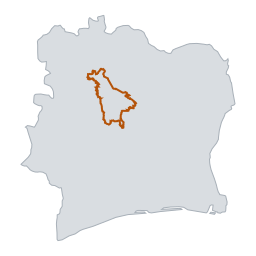 location of Bere, Worodougou, Ivory Coast
{"feature_id": "98640826B43857880322183", "entity_name": "Bere", "entity_type": "district", "adm_level": 2, "iso_a3": "CIV", "parent_name": "Ivory Coast", "parent_adm1": "Worodougou", "projection": "albers", "projection_center": [-6.135, 8.377], "detail": "fine", "context": "in_parent", "style": "outline", "palette": "amber", "viewbox_px": 256, "rotation_deg": 0, "n_neighbors": 0, "source": "geoboundaries", "source_scale": "gbopen_adm2", "svg_char_len": 8485}
<svg xmlns="http://www.w3.org/2000/svg" viewBox="0 0 256 256"><path d="M43.2,35.1L44.2,35.0L46.9,34.3L49.4,32.5L51.7,28.7L54.7,25.7L58.2,26.0L59.2,25.4L60.4,25.3L61.8,27.3L63.3,28.8L64.3,28.9L65.1,31.7L71.4,32.9L74.1,33.7L76.3,35.8L77.1,35.9L78.1,35.4L78.8,34.7L79.0,33.9L78.0,32.0L78.5,30.3L79.5,28.8L81.1,28.7L83.5,28.3L86.3,28.3L88.4,28.6L89.3,27.1L88.5,22.8L88.7,20.5L89.0,18.5L89.8,17.7L92.9,20.2L95.8,21.1L97.8,21.2L98.4,20.7L97.5,18.0L97.7,17.2L98.5,16.7L99.8,16.5L103.5,15.4L103.9,15.6L104.5,19.8L104.2,21.2L105.0,24.1L105.9,26.8L105.9,27.9L105.1,29.6L104.2,31.1L104.3,31.7L105.7,32.8L108.5,33.8L111.4,34.1L113.0,32.5L114.6,31.2L115.8,30.1L116.2,28.4L118.0,27.2L123.2,25.6L128.0,25.4L129.2,25.9L131.3,28.2L134.1,29.8L138.3,29.6L141.3,30.6L143.9,32.4L145.7,36.4L147.6,39.3L148.5,43.4L151.5,45.5L153.9,46.5L157.2,49.5L160.5,51.0L164.0,50.6L165.6,52.2L168.2,53.3L170.8,53.4L173.0,49.9L176.0,48.5L183.6,45.7L186.6,44.5L189.6,43.7L196.9,43.4L203.7,44.2L207.1,44.8L209.4,44.3L211.6,45.9L213.9,49.3L215.7,50.4L217.6,51.6L219.1,54.3L220.7,57.0L221.6,58.2L223.7,60.8L225.5,60.8L227.2,59.7L227.9,58.8L228.3,60.5L227.6,63.4L227.8,65.1L228.7,65.8L228.2,68.1L226.3,72.0L226.3,74.2L228.3,74.9L229.7,77.3L230.6,81.5L231.5,82.9L231.6,83.7L233.1,93.7L235.0,103.8L233.8,105.1L232.3,105.5L231.3,106.0L231.0,106.9L231.7,108.3L231.2,109.5L229.3,110.4L225.1,113.6L224.8,114.9L223.7,117.6L222.8,119.3L221.4,122.4L219.3,130.6L218.5,137.3L218.4,139.4L217.6,140.9L216.6,143.0L212.1,148.8L209.8,153.6L210.1,155.6L210.2,157.7L209.5,159.2L209.7,163.2L210.3,166.5L211.1,169.8L214.5,179.0L216.3,184.7L217.4,189.2L218.4,192.2L219.3,193.5L219.7,194.6L224.7,195.5L225.7,196.1L227.1,202.0L226.9,204.7L225.9,205.7L225.9,208.0L225.7,210.8L225.0,211.9L222.2,212.1L220.4,213.2L217.8,212.8L217.6,212.1L216.3,211.8L212.5,210.3L213.1,205.1L211.4,204.9L210.1,205.6L207.5,211.8L206.3,212.9L187.8,209.8L183.8,207.3L179.0,206.7L170.6,207.0L163.7,207.8L161.7,209.4L179.1,208.4L181.0,208.6L181.9,209.5L159.9,211.6L151.5,212.9L149.0,212.5L147.1,210.6L138.0,210.4L136.1,211.0L135.0,212.5L138.5,212.1L144.2,212.0L145.7,213.2L128.0,214.6L115.7,217.4L110.5,219.5L93.3,226.2L82.8,229.4L80.0,230.6L75.2,233.9L69.1,235.9L62.2,239.8L58.0,240.6L57.1,239.4L57.0,232.8L56.4,224.0L56.7,220.7L57.2,217.5L57.2,214.9L59.3,213.9L59.9,212.8L60.2,209.4L62.2,206.3L62.2,200.9L62.8,199.7L63.3,198.3L62.4,194.7L61.4,188.0L60.9,187.6L60.4,187.9L59.3,188.0L55.0,185.6L51.7,185.2L49.3,183.2L49.2,181.0L48.1,179.7L47.3,177.0L46.1,174.0L42.9,172.2L39.8,171.8L37.6,172.1L35.1,172.0L32.1,171.0L30.1,169.8L28.2,167.6L26.4,165.9L25.0,166.1L23.3,165.7L21.6,164.9L21.0,164.3L28.2,157.3L30.6,153.9L30.9,151.8L30.9,149.7L31.7,147.6L31.9,144.3L28.1,132.3L27.1,128.6L26.1,127.5L25.4,127.1L27.4,125.6L30.1,126.0L34.3,127.2L35.2,126.0L38.4,120.0L38.4,117.8L38.1,116.2L39.9,112.1L41.4,110.5L42.2,108.8L42.0,106.4L40.8,105.6L39.4,105.7L37.6,105.1L35.0,103.8L33.6,102.6L34.0,97.1L34.3,95.4L35.3,94.4L36.7,94.2L40.9,94.0L44.2,94.7L47.2,95.1L48.8,95.1L50.0,96.7L51.7,98.3L53.2,98.3L53.7,97.1L53.4,91.7L52.4,88.9L50.2,86.1L44.4,83.7L44.2,80.5L44.8,76.9L46.1,75.6L50.5,73.4L49.7,72.2L48.3,70.9L45.6,69.5L46.2,65.3L46.4,61.5L44.1,61.9L41.7,62.1L39.7,60.9L38.0,58.6L37.7,52.3L37.7,45.0L37.4,41.7L38.1,40.0L40.2,38.4L42.4,36.4L43.2,35.1ZM215.5,212.9L214.5,214.3L209.8,213.4L210.9,212.2L215.5,212.9Z" fill="#d9dde1" stroke="#a8b0b8" stroke-width="1"/><path d="M88.1,74.1L88.1,74.3L88.0,74.5L88.2,75.1L87.9,75.9L87.9,76.1L87.8,76.3L87.9,76.5L88.1,76.7L87.9,76.9L88.2,77.0L88.4,77.2L88.2,77.2L88.0,77.4L87.8,77.4L87.7,77.6L88.1,77.9L88.2,78.3L88.1,78.7L88.3,78.7L88.5,79.2L88.9,79.3L89.0,78.9L89.2,79.0L89.3,78.9L89.2,78.8L89.5,78.6L89.9,78.8L90.0,78.8L90.2,78.6L90.6,78.6L90.8,78.9L90.8,79.1L91.2,79.0L91.5,79.1L91.4,79.0L91.5,78.8L92.2,78.5L92.3,78.6L92.2,78.9L92.4,79.0L92.4,78.9L92.4,78.6L92.8,78.4L92.9,78.5L93.1,78.6L93.2,78.8L93.4,78.9L93.4,79.2L93.4,79.4L93.2,79.4L93.2,79.6L93.3,79.8L93.5,79.8L93.6,80.1L93.8,80.2L94.2,80.1L94.4,80.3L94.4,80.6L95.1,80.7L95.7,81.3L95.7,81.5L96.0,81.3L96.2,81.9L96.4,82.1L96.6,82.1L96.4,82.7L96.1,82.5L95.9,82.6L95.9,82.8L96.3,82.7L96.4,83.0L96.6,83.1L96.8,83.3L97.0,83.6L97.3,83.3L97.4,82.9L97.6,82.8L97.8,82.9L98.1,83.2L98.1,83.4L98.6,83.6L98.7,83.9L98.7,84.0L98.4,84.1L98.3,84.4L98.3,84.5L98.7,84.6L98.2,85.1L98.1,85.4L98.1,85.7L98.1,86.1L97.7,86.2L97.7,86.3L98.0,86.3L98.2,86.5L97.8,86.5L97.5,86.5L97.4,86.2L97.2,86.2L97.2,86.5L97.1,86.8L97.0,86.6L97.0,86.4L96.7,86.4L96.6,86.7L96.5,86.8L96.5,87.1L97.1,87.3L97.1,87.5L96.9,87.6L96.6,87.7L96.1,87.7L96.3,87.9L96.3,88.2L96.5,87.9L96.8,88.0L96.8,88.5L97.1,88.7L97.2,89.1L96.6,89.4L96.4,89.4L96.4,89.6L96.2,89.7L96.1,90.0L96.6,90.0L97.0,89.5L97.2,90.0L97.5,90.5L97.1,90.8L97.4,91.0L97.0,91.3L96.8,91.4L96.9,91.6L97.1,91.7L97.4,91.5L97.6,92.1L97.6,92.7L97.9,93.1L97.8,93.6L97.5,93.6L97.3,94.0L97.3,93.9L97.1,93.6L96.7,93.6L96.7,93.8L96.6,94.0L96.7,94.4L96.8,94.5L97.5,94.6L97.7,94.9L97.6,95.7L98.1,96.0L98.1,96.3L98.2,96.5L98.2,97.0L98.6,96.9L99.1,96.9L99.9,97.1L100.3,98.0L99.9,98.2L99.9,98.3L100.2,98.5L100.7,98.5L100.4,98.7L100.2,98.8L100.3,99.0L100.6,99.1L100.4,99.6L100.5,100.2L100.5,100.8L100.6,101.4L100.4,101.8L100.6,102.4L100.5,102.8L100.6,103.5L101.0,103.8L101.5,105.1L101.6,105.6L101.9,107.0L101.8,107.7L102.1,109.6L102.1,110.2L102.2,110.8L102.4,111.2L102.6,111.6L102.8,111.6L103.1,111.5L103.9,112.5L104.1,112.6L104.0,113.0L103.6,113.6L103.6,114.7L103.9,115.5L103.7,116.0L103.7,116.7L103.6,117.1L103.5,117.4L103.7,117.9L103.5,118.3L103.6,118.9L103.4,119.1L103.3,119.3L103.5,119.5L104.1,119.5L104.4,119.8L104.3,120.1L104.3,120.3L105.2,121.3L105.0,122.6L105.1,122.9L105.6,123.0L105.9,123.2L106.1,123.2L106.7,123.8L107.8,124.0L108.4,124.3L108.7,124.6L108.9,124.6L110.0,123.9L110.3,123.5L110.3,123.3L110.6,123.0L110.5,122.9L110.4,122.3L110.5,121.8L110.5,121.7L110.8,122.0L110.9,121.9L110.8,121.7L111.0,121.5L111.4,120.6L111.9,120.5L112.4,120.7L112.7,120.7L113.3,120.4L113.4,120.5L114.3,121.3L114.7,121.2L115.3,121.3L116.4,121.2L116.7,121.1L116.9,121.2L117.4,121.1L117.6,121.1L117.8,121.0L117.9,120.8L118.2,120.7L118.4,120.5L119.4,120.5L119.8,120.9L119.8,122.4L119.9,122.9L120.2,123.5L119.9,124.3L119.7,124.5L119.9,125.1L120.8,126.1L121.1,126.3L121.5,126.2L121.7,126.4L121.9,126.8L121.9,127.1L122.1,127.3L122.0,127.6L122.2,127.9L123.3,127.7L123.5,126.8L123.0,125.8L122.3,125.3L123.5,124.8L123.4,123.7L123.6,122.3L123.3,122.1L121.8,120.5L121.5,119.8L120.6,118.7L120.8,118.5L121.0,118.3L120.9,118.0L120.7,117.6L120.6,117.2L120.8,116.2L120.7,115.4L120.9,114.8L120.9,114.6L121.1,114.3L121.1,114.1L121.3,114.0L121.3,113.7L121.4,113.4L121.4,113.2L121.3,112.7L121.8,112.2L121.8,111.0L122.0,110.8L127.7,110.9L127.8,110.6L128.2,110.6L128.2,110.4L128.0,110.2L128.5,110.3L128.6,109.6L129.1,109.4L129.2,109.2L129.1,108.9L129.4,108.9L129.5,108.8L129.6,108.7L129.4,108.3L129.5,108.2L129.5,107.9L129.2,107.6L129.6,107.3L129.9,107.8L130.5,107.7L130.7,107.4L130.9,107.6L131.0,107.9L131.5,108.0L131.7,107.6L132.0,107.6L132.8,108.1L132.9,107.9L133.3,108.1L133.6,108.1L133.6,107.4L133.7,106.9L133.4,106.3L133.5,105.9L133.4,105.7L133.5,105.7L134.3,105.8L135.0,105.8L135.1,105.7L135.3,105.4L135.2,105.1L135.1,104.6L135.3,104.2L135.5,104.0L135.5,103.9L134.8,103.3L134.5,102.6L134.8,102.5L135.3,102.9L135.5,102.9L135.8,102.9L135.7,102.7L135.2,102.2L134.7,102.0L134.4,101.9L134.2,102.0L133.9,101.8L133.9,101.7L133.9,101.2L133.7,100.9L132.9,100.6L132.7,100.3L132.4,99.9L131.4,99.3L131.1,99.2L130.7,98.9L130.4,99.0L130.2,99.0L130.2,98.8L130.0,98.7L129.9,98.2L129.5,98.3L128.3,98.2L127.9,97.8L127.5,97.3L127.2,97.0L126.4,96.7L125.5,96.2L125.4,96.0L125.5,95.7L126.2,95.7L126.3,95.4L126.7,95.5L127.0,95.3L127.6,95.5L127.8,95.7L128.2,95.9L128.4,96.0L128.8,95.8L129.1,95.4L129.4,95.3L129.3,95.2L128.8,95.1L128.3,94.7L127.4,94.5L126.8,94.0L126.9,93.4L126.4,93.0L126.4,92.8L126.5,92.6L125.8,92.3L125.8,92.5L125.4,92.4L122.8,92.7L115.9,88.8L115.6,89.1L114.9,88.8L113.5,88.7L113.3,88.5L112.7,87.8L112.5,87.2L108.1,79.5L107.9,78.4L104.0,76.5L103.9,75.3L103.2,74.1L103.5,73.3L104.5,72.0L104.9,71.1L104.6,70.5L103.8,69.8L103.5,69.3L103.4,69.4L103.2,69.4L102.9,69.4L102.8,69.5L102.7,69.5L102.3,69.2L101.9,69.4L101.6,69.3L101.4,68.9L100.7,68.9L100.6,69.0L100.5,69.4L100.2,69.7L99.6,70.8L98.4,71.9L98.2,72.6L98.0,73.1L97.7,73.2L97.0,74.0L96.7,74.0L95.9,74.2L95.8,73.4L95.2,71.8L95.2,71.2L93.9,70.9L93.2,70.7L92.8,70.7L92.6,71.1L92.7,71.4L92.4,71.8L92.4,72.2L92.6,72.4L93.1,72.6L92.7,73.7L92.5,73.9L92.2,74.0L91.7,74.0L91.3,74.2L90.8,74.2L89.8,73.9L88.8,74.2L88.1,74.1Z" fill="none" stroke="#b45309" stroke-width="2"/></svg>